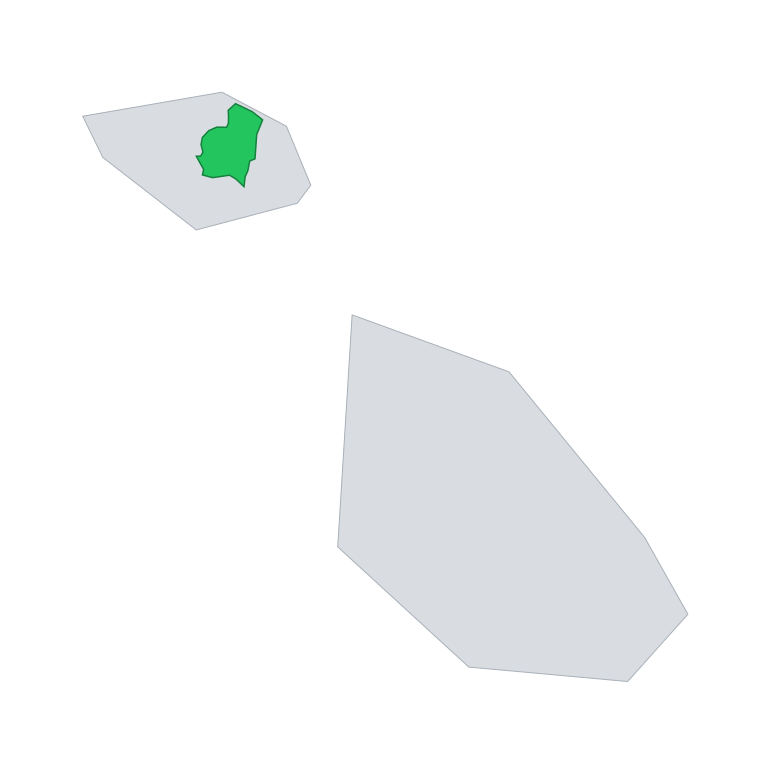 Malta, with Xagħra highlighted, rotated 4°
{"feature_id": "MLT-5978", "entity_name": "Xagħra", "entity_type": "state/province", "adm_level": 1, "iso_a3": "MLT", "parent_name": "Malta", "parent_adm1": "", "projection": "equal_earth", "projection_center": [14.268, 36.052], "detail": "fine", "context": "in_parent", "style": "filled", "palette": "green", "viewbox_px": 768, "rotation_deg": 4, "n_neighbors": 0, "source": "natural_earth", "source_scale": "10m", "svg_char_len": 758}
<svg xmlns="http://www.w3.org/2000/svg" viewBox="0 0 768 768"><g transform="rotate(4 384 384)"><path d="M703.2,592.5L647.8,663.8L488.4,660.5L349.2,549.7L347.4,317.3L507.9,363.2L654.8,519.0L703.2,592.5ZM284.9,209.7L185.9,243.4L87.7,177.6L64.8,137.9L201.9,104.2L268.7,133.7L297.1,190.8L284.9,209.7Z" fill="#d9dde1" stroke="#a8b0b8" stroke-width="1"/><path d="M216.3,114.7L233.7,121.6L244.5,129.0L239.6,144.1L239.6,168.4L234.5,171.0L233.3,180.8L231.0,187.0L230.6,196.9L221.6,189.6L215.3,186.5L207.9,188.1L198.5,190.1L188.3,188.1L189.1,182.4L185.6,177.2L180.9,169.9L185.2,169.4L187.2,165.3L184.8,158.0L185.6,150.8L191.5,143.5L199.3,139.4L209.1,138.9L210.6,134.7L210.2,127.5L209.5,121.8L216.3,114.7Z" fill="#22c55e" stroke="#15803d" stroke-width="1.5"/></g></svg>